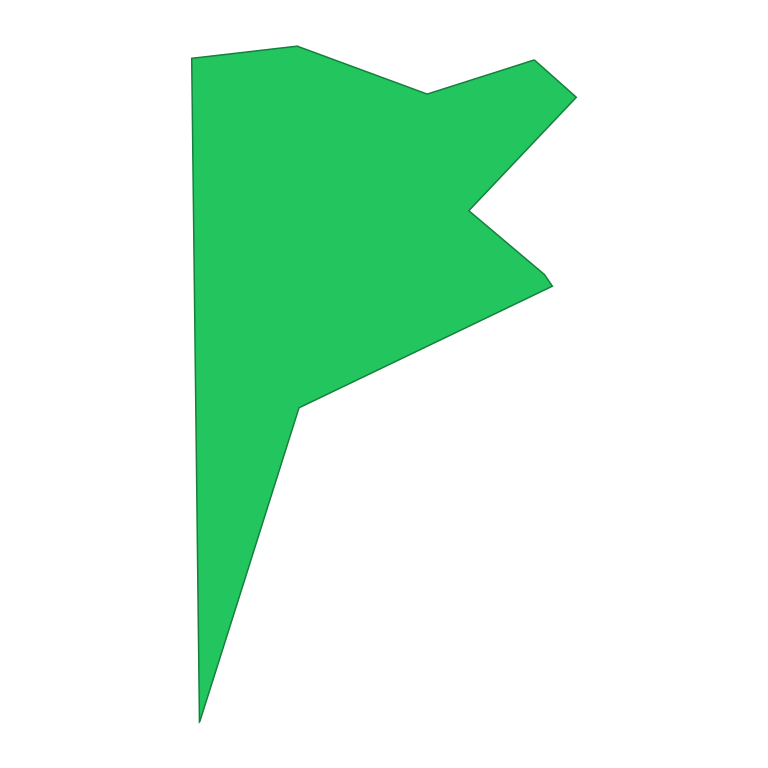 outline of Zemam Out, Al Iskandariyah, Egypt
{"feature_id": "37247803B99104887182997", "entity_name": "Zemam Out", "entity_type": "district", "adm_level": 2, "iso_a3": "EGY", "parent_name": "Egypt", "parent_adm1": "Al Iskandariyah", "projection": "orthographic", "projection_center": [29.809, 30.516], "detail": "fine", "context": "isolated", "style": "filled", "palette": "green", "viewbox_px": 768, "rotation_deg": 0, "n_neighbors": 0, "source": "geoboundaries", "source_scale": "gbopen_adm2", "svg_char_len": 464}
<svg xmlns="http://www.w3.org/2000/svg" viewBox="0 0 768 768"><path d="M534.5,60.1L532.7,60.4L485.2,75.6L475.4,78.7L427.3,94.0L427.2,94.1L426.6,93.9L298.1,46.5L297.7,46.1L273.2,48.9L270.0,49.3L191.7,58.3L199.4,716.4L199.4,718.3L199.4,721.9L199.8,721.5L238.1,600.6L299.0,407.8L515.9,303.7L551.7,286.5L552.4,286.2L551.7,285.2L544.4,274.5L525.3,258.4L468.8,210.7L574.8,98.9L576.3,97.3L574.8,95.9L534.5,60.1Z" fill="#22c55e" stroke="#15803d" stroke-width="1.5"/></svg>